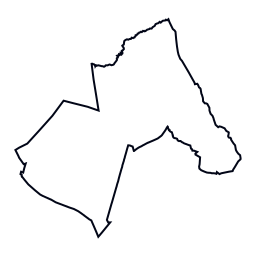 the district of San Pablo Villa de Mitla, Oaxaca, Mexico
{"feature_id": "50627088B9208224547873", "entity_name": "San Pablo Villa de Mitla", "entity_type": "district", "adm_level": 2, "iso_a3": "MEX", "parent_name": "Mexico", "parent_adm1": "Oaxaca", "projection": "natural_earth1", "projection_center": [-96.275, 16.968], "detail": "fine", "context": "isolated", "style": "outline", "palette": "ink", "viewbox_px": 256, "rotation_deg": 0, "n_neighbors": 0, "source": "geoboundaries", "source_scale": "gbopen_adm2", "svg_char_len": 5031}
<svg xmlns="http://www.w3.org/2000/svg" viewBox="0 0 256 256"><path d="M197.3,83.8L194.9,84.2L194.6,82.9L193.2,80.3L193.1,80.2L188.7,72.3L182.0,60.9L180.2,58.8L179.5,57.1L178.5,54.6L177.8,51.6L177.0,46.5L176.2,39.7L175.5,31.8L174.6,30.5L172.8,29.0L169.5,22.2L168.4,19.2L167.1,20.3L166.3,19.9L165.9,19.7L165.4,20.4L163.9,20.6L162.7,20.8L160.7,22.6L159.7,21.8L159.4,22.0L159.0,22.6L158.0,23.3L157.2,23.4L156.0,24.0L155.6,24.1L154.7,25.9L152.6,27.2L152.5,27.4L151.6,28.6L149.9,28.5L149.5,29.0L147.1,29.7L145.4,31.1L144.5,31.3L144.1,30.9L143.6,31.1L143.0,30.9L142.7,31.3L141.8,32.1L141.0,31.7L140.2,32.3L139.1,32.6L138.7,33.3L137.6,33.6L137.5,34.3L136.5,35.1L135.7,35.2L135.7,35.9L135.0,36.5L134.6,37.4L134.2,37.6L133.6,37.6L133.1,38.1L131.6,37.7L131.1,38.8L130.5,39.0L129.7,39.0L128.2,39.7L127.0,39.3L126.1,39.7L125.3,40.1L124.7,40.7L124.3,41.0L124.2,41.4L123.8,44.5L122.3,45.6L122.6,46.4L123.6,47.6L123.9,49.0L123.3,49.6L123.2,49.9L122.2,50.7L121.9,50.7L121.7,50.9L121.8,51.4L121.8,51.5L122.0,51.6L122.2,52.0L122.3,52.2L122.4,52.4L122.4,52.6L122.2,52.5L122.1,52.9L121.9,52.8L121.9,53.0L121.7,52.9L121.7,53.2L121.4,53.1L121.5,53.4L121.2,53.3L121.3,53.5L121.1,53.5L121.1,53.8L121.0,53.7L120.9,53.9L120.4,53.9L120.4,54.5L119.9,54.4L120.0,54.6L119.7,54.7L119.2,54.6L118.9,54.4L118.8,54.9L118.8,55.1L118.6,55.2L118.3,55.3L118.5,55.4L118.7,55.5L118.1,55.8L117.7,56.0L117.4,56.0L117.7,56.4L117.8,56.5L118.1,56.6L118.0,56.9L117.9,56.8L117.7,56.9L117.4,57.3L117.3,57.7L116.8,58.3L116.8,58.8L116.9,59.4L117.0,59.8L116.7,60.3L116.3,60.9L115.3,62.2L114.5,63.2L114.4,63.4L113.8,64.4L113.4,64.7L111.6,65.2L111.4,65.2L109.7,64.5L109.3,64.6L108.3,65.0L107.8,65.3L106.4,65.3L106.2,65.3L105.8,65.3L105.5,65.5L105.0,66.2L104.2,66.7L103.9,66.7L103.5,66.6L103.2,66.4L102.8,66.2L102.0,66.2L101.4,66.1L99.2,65.5L98.5,65.3L97.8,65.5L96.6,65.4L96.7,65.7L96.6,65.8L96.4,65.7L96.2,65.3L95.9,65.2L95.3,66.2L95.2,65.7L95.1,65.4L94.9,65.3L94.7,65.3L94.5,64.8L94.2,64.5L94.0,64.3L93.7,64.2L93.3,64.2L93.0,64.2L92.8,64.2L92.5,63.8L92.1,63.7L91.6,63.8L93.6,79.6L96.1,94.9L98.6,110.6L87.7,106.8L72.9,103.1L63.6,100.7L52.4,115.8L38.7,131.1L31.3,139.2L27.3,143.6L19.1,147.7L15.4,150.0L18.5,156.2L19.1,157.7L23.7,164.2L25.7,163.5L24.2,168.4L24.0,169.4L23.9,169.6L23.8,170.0L23.7,170.5L23.6,170.8L23.5,171.1L23.5,171.4L23.2,172.6L22.4,172.3L21.6,171.9L21.4,171.8L21.1,171.7L20.6,173.7L20.5,174.1L21.7,174.8L21.7,175.1L21.6,175.7L21.7,176.2L22.0,176.4L22.0,176.9L22.5,177.2L24.5,179.8L28.3,184.4L35.0,190.3L40.1,194.5L42.7,195.9L51.6,199.9L55.7,202.3L69.4,207.5L73.9,209.0L78.2,211.2L81.1,213.2L89.4,219.4L91.3,220.4L94.4,227.5L96.2,231.7L98.3,236.8L102.2,232.2L110.2,222.4L108.2,222.4L106.9,219.9L111.5,203.8L111.9,202.6L116.0,188.4L116.1,188.0L116.6,186.5L116.8,185.6L117.2,184.1L117.8,182.2L118.0,181.8L118.9,178.1L119.5,175.9L119.9,174.4L120.2,173.4L121.5,168.8L122.1,167.1L122.3,166.0L122.4,165.3L123.2,162.9L123.2,162.7L123.5,161.9L123.8,161.0L124.1,159.5L124.7,157.8L124.7,157.7L124.8,157.4L124.9,156.7L125.3,155.4L126.0,153.0L126.8,150.1L127.0,149.3L128.2,145.3L130.0,145.5L132.0,146.4L132.6,146.5L133.1,148.0L133.3,149.0L133.8,150.8L133.9,151.0L134.0,151.0L136.5,149.0L137.1,148.6L138.6,147.6L140.8,146.5L141.4,146.3L142.6,145.5L144.2,144.7L146.0,143.7L147.9,142.7L148.5,142.6L149.3,142.1L149.5,142.1L153.5,140.4L157.7,138.5L161.3,135.8L161.9,135.2L164.0,132.2L164.3,131.8L165.0,130.8L165.4,130.2L165.8,129.5L166.4,128.5L166.8,127.6L167.6,126.6L168.0,127.1L167.9,127.9L168.1,128.4L168.2,128.6L168.6,129.0L168.6,129.4L168.9,130.1L169.6,130.1L169.8,131.1L170.4,131.6L170.8,131.8L171.9,132.3L172.4,134.1L172.7,134.7L172.7,135.7L173.0,135.9L173.0,136.2L173.1,136.7L173.2,137.1L173.6,137.6L174.4,138.1L175.4,138.2L176.4,138.5L177.1,138.8L177.7,140.4L177.9,140.5L179.0,141.1L180.2,141.0L180.6,141.0L181.2,141.6L181.4,141.7L182.0,142.2L182.2,142.3L182.5,142.3L183.1,142.7L183.5,143.0L184.0,143.3L184.3,143.4L185.3,143.8L185.6,143.9L185.9,144.0L186.3,144.1L186.7,144.3L188.9,145.1L189.0,145.1L189.6,145.3L190.3,145.5L191.0,148.5L191.3,148.9L192.0,149.2L192.4,150.7L194.1,150.7L197.3,151.9L195.4,153.6L195.5,154.6L200.1,157.3L199.6,164.3L199.1,166.6L199.4,168.6L200.3,169.4L201.2,170.2L202.3,170.7L203.9,171.4L205.4,172.0L206.2,172.3L206.7,172.5L207.2,172.6L209.0,172.8L210.2,172.8L211.1,173.0L211.4,173.2L212.2,173.2L212.8,173.3L213.1,173.2L215.2,173.4L215.4,173.5L216.4,173.8L216.8,172.5L216.9,172.1L219.5,174.1L221.2,173.3L228.9,171.7L232.6,171.1L233.2,169.6L234.8,167.1L238.2,161.4L240.5,159.3L240.6,158.3L240.1,155.2L238.3,153.7L236.7,151.5L235.9,149.9L235.1,145.3L233.5,143.4L231.8,140.8L231.1,139.7L231.1,138.9L230.5,137.8L229.2,137.7L228.7,137.4L228.2,136.4L228.1,136.0L228.4,135.3L228.8,132.6L228.7,132.3L227.5,131.6L226.3,130.9L224.6,128.3L221.2,126.8L219.5,126.4L218.2,127.2L215.6,124.8L213.8,119.5L213.5,118.2L212.5,115.8L210.6,113.8L209.5,110.6L209.4,107.8L207.3,103.9L205.9,103.3L204.8,103.3L203.1,101.3L202.9,98.1L201.9,94.7L201.4,93.8L200.6,88.9L200.1,88.1L199.4,87.7L199.0,87.3L198.1,85.0L197.3,83.8Z" fill="none" stroke="#020617" stroke-width="2"/></svg>